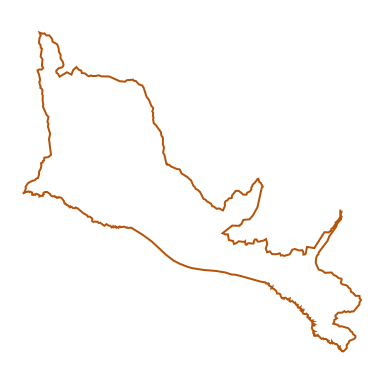 the district of Camana, Arequipa, Peru
{"feature_id": "86281439B8928059178056", "entity_name": "Camana", "entity_type": "district", "adm_level": 2, "iso_a3": "PER", "parent_name": "Peru", "parent_adm1": "Arequipa", "projection": "orthographic", "projection_center": [-72.661, -16.401], "detail": "fine", "context": "isolated", "style": "outline", "palette": "amber", "viewbox_px": 384, "rotation_deg": 0, "n_neighbors": 0, "source": "geoboundaries", "source_scale": "gbopen_adm2", "svg_char_len": 5908}
<svg xmlns="http://www.w3.org/2000/svg" viewBox="0 0 384 384"><path d="M340.3,209.6L340.3,217.2L339.4,218.2L338.7,220.5L337.7,220.4L337.0,221.6L335.6,222.5L335.8,223.6L334.7,225.1L334.7,225.9L333.9,226.2L333.0,227.9L331.4,228.7L331.1,230.5L328.6,232.4L324.4,232.2L314.3,248.1L307.0,246.9L305.9,253.1L305.1,254.4L303.4,254.6L303.3,251.8L302.3,250.2L299.3,250.5L294.9,249.0L292.3,249.7L289.7,254.3L284.2,255.9L282.3,255.2L281.0,255.6L279.8,253.3L276.6,254.2L272.9,254.2L272.0,254.0L269.8,251.4L267.1,252.2L265.8,248.5L267.3,243.8L266.0,239.1L263.7,240.5L258.7,241.7L257.5,241.4L256.6,239.5L255.1,239.4L254.2,240.5L253.4,243.6L248.2,243.2L246.4,244.8L245.5,244.1L245.1,241.3L244.6,241.8L242.7,241.8L238.6,241.3L236.5,243.1L233.9,244.0L233.2,241.1L228.9,240.0L227.8,234.3L226.0,234.6L222.6,233.2L232.2,225.6L239.6,225.8L240.3,224.6L241.5,224.0L243.3,219.9L249.5,219.3L252.8,215.6L257.5,207.1L261.8,187.5L262.8,186.6L260.6,182.8L259.2,182.0L258.4,178.8L257.5,179.1L255.1,182.4L252.5,184.9L252.4,186.1L251.5,187.1L251.2,189.8L249.7,191.5L247.2,192.7L246.4,194.7L243.3,194.6L238.8,190.9L235.7,190.9L232.1,195.4L231.7,198.0L228.9,198.4L227.4,200.4L225.8,200.9L224.8,202.6L224.9,206.1L223.0,210.4L219.1,208.4L216.7,208.8L214.0,206.7L212.1,206.1L211.0,203.7L206.6,201.1L205.6,199.7L203.6,199.0L200.1,192.1L197.8,189.9L195.8,189.0L194.8,187.1L193.5,186.0L191.1,180.5L187.4,177.1L181.5,173.4L179.8,169.5L176.6,168.9L170.5,166.2L169.4,164.9L167.9,164.8L167.3,164.0L166.9,164.5L166.4,163.9L164.4,154.8L163.1,152.7L164.0,147.5L162.9,144.5L162.9,137.6L161.5,135.8L160.8,132.0L155.8,125.0L153.8,123.3L153.1,119.6L153.5,117.2L152.8,116.0L153.2,112.9L152.3,111.5L153.2,108.7L153.0,107.7L151.4,106.0L148.9,99.8L146.6,96.8L143.7,87.9L142.4,85.6L138.8,84.3L135.8,81.0L133.6,80.7L133.1,79.7L126.9,80.2L124.9,81.7L119.7,81.2L109.3,76.5L101.9,76.4L98.5,75.3L95.6,76.0L92.2,76.0L91.0,75.4L89.7,76.1L88.2,76.1L85.2,73.5L81.8,73.0L81.3,70.7L78.9,69.8L76.4,67.1L73.1,70.1L71.5,74.6L66.9,72.3L59.6,76.7L58.0,73.9L56.5,72.7L56.2,70.8L58.6,68.2L62.2,67.3L63.3,65.8L63.5,64.5L62.7,61.6L60.5,58.4L60.6,54.7L58.9,51.8L58.7,48.5L57.5,45.1L56.8,44.0L52.5,41.7L52.3,39.2L49.4,35.4L46.6,35.5L44.3,33.3L43.1,33.8L39.5,32.6L40.7,35.6L39.6,37.7L38.9,42.8L40.6,45.2L40.7,47.8L41.9,48.5L40.6,56.5L42.5,59.2L41.9,65.8L43.2,68.0L41.5,69.6L39.1,69.5L37.6,70.2L37.5,70.7L38.9,74.2L40.0,79.2L39.9,81.1L39.3,81.7L39.9,84.9L40.6,86.1L40.3,87.9L41.5,88.5L42.5,90.4L42.1,93.8L42.8,95.7L42.6,100.7L43.3,104.5L43.0,106.8L46.5,114.7L48.5,117.0L47.4,121.9L48.4,123.8L47.9,126.3L50.1,133.9L49.0,139.1L51.0,154.9L48.3,157.1L44.3,157.7L44.1,160.5L42.8,161.2L42.6,162.6L41.0,163.2L41.4,165.8L40.7,168.7L39.1,171.6L39.0,174.7L38.0,178.0L36.0,178.8L34.7,180.3L32.5,180.7L27.9,183.2L25.6,186.8L25.8,188.3L24.9,191.4L23.0,193.7L25.2,192.3L28.6,191.4L29.5,192.1L30.2,191.7L32.1,192.5L32.1,194.7L33.3,195.0L34.1,194.3L35.3,194.9L36.2,193.8L37.0,193.9L39.5,195.3L39.5,196.5L41.4,195.7L42.7,195.9L43.0,194.7L43.8,194.2L43.4,193.1L44.6,192.1L47.2,192.0L50.2,194.2L50.8,195.5L52.7,196.5L54.6,196.0L55.3,197.0L56.5,197.0L56.9,197.8L57.9,197.9L58.8,197.1L61.5,197.9L63.8,200.9L64.6,203.6L65.5,203.6L66.8,205.1L67.7,205.1L69.5,207.0L70.1,206.6L70.1,207.3L71.6,206.9L73.1,208.1L75.0,208.2L75.7,207.5L77.7,208.4L83.2,213.1L86.9,215.2L87.8,216.7L89.7,216.6L91.7,218.1L92.3,218.7L92.2,221.2L93.6,222.0L94.4,221.6L97.6,221.8L98.7,223.0L100.1,222.7L104.4,225.8L106.6,224.1L108.4,225.5L110.2,225.8L111.6,227.3L111.9,226.9L113.3,227.3L113.4,226.6L113.8,227.1L115.1,226.3L116.1,227.6L116.5,226.9L118.3,227.7L118.3,227.2L119.8,226.5L120.4,227.2L124.3,226.7L126.3,227.7L127.2,227.4L127.9,228.0L131.0,227.6L142.4,234.6L151.8,241.5L166.2,254.9L173.4,260.5L179.8,263.8L187.8,266.9L192.3,268.2L204.1,270.0L216.5,271.0L225.8,272.6L231.9,274.6L234.6,274.6L240.4,275.9L260.5,281.6L265.5,282.4L266.1,283.5L268.1,283.3L268.9,283.8L268.5,284.9L268.8,285.4L271.3,286.8L271.3,288.1L272.3,287.1L272.1,288.3L273.9,288.9L276.1,290.8L277.1,293.5L279.1,293.5L280.4,294.4L280.7,296.2L281.8,298.0L283.4,298.6L283.2,298.0L285.7,297.7L287.7,299.5L289.7,298.5L289.4,301.0L290.4,301.6L292.2,300.9L294.5,303.0L295.3,302.6L295.8,304.4L297.6,304.8L297.1,305.7L299.1,307.4L298.6,307.7L299.9,308.3L300.4,307.7L300.3,308.4L301.5,309.2L301.2,309.7L302.5,309.6L302.1,310.9L301.4,311.0L302.2,311.7L302.8,311.3L302.4,312.1L303.3,313.7L306.3,314.2L306.6,313.8L308.0,315.2L307.4,317.1L309.0,317.6L308.7,318.4L309.2,318.8L310.0,318.4L309.8,319.4L311.2,320.9L312.5,320.6L312.2,321.2L313.2,321.5L312.0,321.8L312.6,323.4L314.2,324.1L312.8,324.4L314.1,325.5L312.3,325.8L311.8,327.8L312.8,330.4L314.6,331.3L313.6,331.5L313.2,332.7L313.9,333.3L313.5,333.5L314.2,335.7L315.2,335.9L315.3,335.2L315.9,335.2L317.0,335.7L317.7,335.1L317.8,335.8L318.7,336.0L321.5,338.9L323.1,338.3L323.8,339.2L326.0,338.9L327.8,340.4L327.8,341.1L328.5,341.0L328.2,341.8L330.4,343.4L331.6,342.8L331.9,341.5L332.7,343.2L333.1,342.8L335.5,344.1L336.5,344.0L338.3,345.8L338.2,347.0L338.7,347.9L339.8,347.0L339.7,349.1L340.8,349.2L341.0,350.1L341.9,350.6L341.1,351.4L342.1,351.0L343.4,351.4L346.7,348.2L346.7,344.9L348.6,343.0L349.4,340.9L354.1,338.9L355.4,337.6L355.4,335.9L353.0,334.0L352.1,332.0L350.5,331.2L349.6,329.4L348.0,328.1L341.7,326.3L339.3,326.5L337.9,324.9L333.2,323.7L334.2,322.0L334.3,319.9L336.9,318.3L335.5,316.8L335.4,315.5L338.3,312.7L342.0,312.7L344.4,311.1L345.7,312.2L348.4,311.3L350.0,312.2L351.7,311.4L353.5,311.5L359.4,304.5L359.5,302.4L361.0,299.9L359.7,298.5L359.5,295.9L355.7,295.9L352.8,292.7L351.2,292.0L350.3,288.8L348.3,287.4L347.4,285.9L345.6,285.0L342.7,284.5L341.2,283.5L340.9,282.2L341.7,279.7L341.3,278.7L338.6,278.1L336.2,276.0L333.7,275.0L331.6,272.5L325.0,272.8L322.1,270.6L318.6,269.5L315.8,263.1L316.0,258.8L317.0,255.6L318.5,254.1L318.6,252.6L327.6,240.7L329.3,236.3L336.2,226.7L337.2,223.6L340.8,219.5L341.6,216.7L340.5,215.2L341.3,212.5L340.6,212.9L340.3,209.6Z" fill="none" stroke="#b45309" stroke-width="2"/></svg>